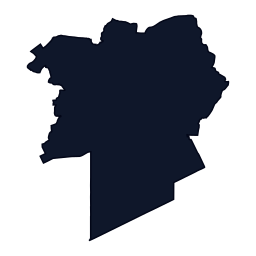 outline of Nong Khae, Saraburi, Thailand
{"feature_id": "78962969B39575483913595", "entity_name": "Nong Khae", "entity_type": "district", "adm_level": 2, "iso_a3": "THA", "parent_name": "Thailand", "parent_adm1": "Saraburi", "projection": "mercator", "projection_center": [100.849, 14.353], "detail": "fine", "context": "isolated", "style": "filled", "palette": "ink", "viewbox_px": 256, "rotation_deg": 0, "n_neighbors": 0, "source": "geoboundaries", "source_scale": "gbopen_adm2", "svg_char_len": 5457}
<svg xmlns="http://www.w3.org/2000/svg" viewBox="0 0 256 256"><path d="M112.6,18.8L111.6,20.9L111.2,21.5L110.5,22.0L108.5,23.1L107.6,23.7L106.8,24.8L106.0,26.2L105.3,25.8L104.0,28.5L103.9,28.8L103.9,30.0L104.0,30.7L103.5,31.8L102.0,32.8L101.7,33.2L101.6,33.5L101.6,34.7L101.7,36.3L101.8,36.7L101.5,36.9L101.1,37.4L100.9,38.1L100.8,39.1L101.1,39.8L101.6,40.2L102.1,40.5L102.9,40.6L103.1,40.9L103.1,41.1L102.7,41.6L102.1,41.6L101.5,42.0L101.3,42.5L101.1,42.5L100.5,42.3L100.1,42.4L100.1,42.9L99.6,43.2L99.3,43.9L99.1,44.0L97.0,45.2L95.9,44.9L95.9,44.4L95.2,44.4L93.5,44.3L93.0,44.1L92.4,43.7L92.1,43.1L91.8,43.0L91.2,41.8L91.2,41.2L91.0,39.5L89.8,39.5L89.7,39.5L89.6,39.0L89.5,38.9L88.2,38.5L88.0,38.8L86.2,38.2L85.6,38.3L83.0,38.0L78.4,37.8L74.5,37.2L68.8,36.7L65.1,36.0L63.3,35.9L61.0,35.4L60.3,35.6L58.1,36.0L57.9,36.3L56.3,37.0L55.8,37.1L53.6,37.3L53.2,37.6L52.9,38.2L52.5,38.3L52.4,39.0L51.3,40.6L49.2,42.9L47.4,44.7L46.0,46.1L44.5,47.2L43.7,47.8L42.9,48.2L40.4,44.2L31.2,51.1L30.8,51.5L33.6,53.3L36.5,56.4L36.1,57.8L35.8,58.5L35.4,59.1L33.8,61.0L33.0,61.7L32.4,62.2L31.8,62.5L30.0,63.3L29.2,63.9L28.5,64.6L27.6,65.9L27.5,66.1L27.5,66.6L27.6,67.6L28.6,68.4L29.4,69.1L29.5,69.2L30.3,69.2L30.5,69.3L30.6,69.9L30.6,70.1L31.9,70.2L32.6,70.9L33.5,71.5L35.6,72.0L37.1,72.6L38.5,72.7L39.8,72.6L40.9,69.9L41.4,69.0L42.2,68.0L43.0,67.2L43.7,66.6L44.3,66.2L45.6,65.6L45.8,67.3L47.6,67.7L48.2,67.9L48.4,68.1L50.0,71.7L49.9,72.3L50.8,75.2L51.1,76.9L51.1,77.6L50.9,77.9L50.6,78.1L50.0,78.4L49.1,79.7L48.7,80.7L48.5,82.0L49.0,82.4L50.2,82.8L51.8,82.9L52.0,83.0L53.2,84.2L54.1,84.6L55.5,84.6L56.6,84.4L58.4,84.7L58.7,84.5L58.9,84.1L59.5,84.6L60.0,85.0L60.8,85.2L61.5,85.2L61.7,85.5L62.2,86.4L64.9,89.9L64.9,90.1L64.7,90.3L64.2,90.4L63.4,90.4L61.1,90.2L60.4,90.2L60.0,90.4L59.9,90.5L59.9,93.0L58.7,96.9L58.5,97.2L58.3,97.5L57.0,98.1L56.6,98.4L56.3,99.2L56.2,99.8L56.1,100.1L55.8,100.4L55.0,100.3L54.3,100.2L53.0,100.4L53.5,102.3L53.6,102.7L53.5,103.3L53.3,103.4L53.2,104.9L55.4,104.9L55.9,105.0L55.4,106.6L55.1,106.6L54.7,107.6L54.7,108.6L54.7,111.2L54.5,113.1L54.8,114.4L55.1,115.1L55.3,115.5L55.7,115.8L57.1,116.2L57.3,116.1L57.6,115.4L57.9,115.4L58.4,116.1L59.1,116.4L59.4,116.3L60.1,115.6L60.4,115.6L60.6,115.7L60.8,115.9L60.8,116.3L60.8,116.5L60.0,116.8L58.8,118.0L57.7,120.2L57.5,120.7L57.3,121.8L57.1,122.1L56.6,123.2L56.2,123.7L56.0,123.9L55.0,124.3L54.4,124.6L51.4,125.6L51.2,125.7L51.2,126.0L51.4,126.4L51.3,127.8L51.5,129.7L51.6,130.6L51.7,131.5L51.5,131.8L50.6,132.0L50.4,132.2L49.6,133.2L49.3,134.0L48.7,136.3L48.5,137.5L48.6,138.2L49.2,139.6L49.2,139.9L49.1,140.1L45.8,142.2L45.4,142.5L44.7,143.5L42.2,144.2L42.3,147.1L45.5,153.6L40.2,156.2L42.5,161.0L43.5,163.0L47.3,161.2L53.0,158.3L71.4,156.5L79.4,156.3L80.7,156.0L81.7,155.6L83.1,154.9L87.0,152.6L87.8,152.2L89.1,151.9L90.8,151.7L90.8,171.8L90.8,173.2L90.8,177.6L90.7,185.5L90.8,192.4L90.7,197.0L90.8,206.2L90.7,206.5L90.8,215.5L90.7,216.4L90.7,235.8L90.7,238.0L90.6,238.4L90.1,239.5L89.1,240.6L94.3,238.2L145.7,212.9L158.6,206.7L158.6,206.4L159.4,206.3L173.6,199.3L173.6,199.2L173.7,182.5L195.8,171.6L197.0,170.9L203.9,167.7L204.5,167.3L204.4,166.6L198.9,154.9L198.2,153.7L197.6,153.0L191.4,140.3L191.1,139.8L190.8,139.5L190.6,139.5L190.0,139.7L189.2,139.3L189.1,137.8L188.9,137.3L188.8,136.5L188.7,136.4L187.5,136.7L187.4,136.7L187.1,135.4L187.0,134.8L187.2,134.6L188.0,134.9L188.5,135.0L191.4,135.1L197.6,135.2L198.4,129.7L199.0,127.4L199.0,126.6L199.1,125.4L199.0,124.7L198.4,124.0L198.1,123.5L198.7,122.6L199.3,121.2L199.2,120.7L199.6,120.2L199.7,119.7L199.9,119.5L200.1,119.4L200.7,119.4L200.8,119.3L201.8,118.3L202.2,117.6L203.4,118.1L204.2,117.9L205.4,117.7L206.3,117.8L206.4,117.7L206.5,117.0L206.7,116.7L207.3,116.7L207.5,116.5L207.6,116.4L209.6,113.8L211.2,111.4L212.1,109.9L214.4,104.5L214.6,104.1L215.2,103.4L216.3,102.5L216.9,101.8L217.5,100.8L220.6,97.3L220.8,96.4L220.7,95.5L221.3,92.9L221.4,92.6L221.7,92.0L222.3,90.4L223.8,89.7L224.5,89.2L225.2,88.6L226.9,86.4L228.1,85.0L228.4,83.1L228.5,81.8L228.4,81.6L227.0,81.8L224.9,81.5L224.8,81.2L224.8,80.9L225.5,79.2L225.0,77.9L224.7,77.4L224.1,77.0L220.3,74.8L219.0,74.1L218.7,73.9L218.5,73.6L218.5,72.7L218.2,72.3L216.3,71.5L215.8,71.1L215.5,70.4L215.0,68.6L214.8,68.3L214.1,68.0L211.7,67.5L213.2,64.6L213.7,63.5L214.1,62.2L214.2,61.3L214.8,56.9L214.7,55.7L214.3,55.2L213.6,54.5L212.8,54.0L210.7,52.9L208.6,52.0L208.1,51.2L207.6,49.6L207.5,48.3L207.4,47.6L207.2,46.9L205.9,44.8L205.0,44.8L204.0,44.9L203.6,44.8L203.2,44.6L202.5,44.0L202.1,43.6L201.8,43.1L201.6,42.6L201.5,42.3L201.4,40.7L201.5,39.2L201.3,38.8L200.6,38.1L200.5,37.6L200.6,36.6L200.8,35.7L201.3,34.2L201.5,33.6L201.3,33.3L201.4,32.8L201.5,32.4L201.4,31.8L201.2,30.9L200.8,30.0L200.4,29.3L199.8,28.6L199.0,27.9L198.3,27.6L197.6,27.1L197.3,26.8L197.0,25.8L196.7,24.5L196.5,23.4L196.5,21.6L196.1,18.9L195.8,18.5L195.6,18.4L194.6,18.1L194.0,17.8L193.9,17.6L193.4,16.3L193.2,16.0L192.4,15.7L190.9,15.4L188.9,15.4L187.4,15.5L186.4,15.8L178.4,16.1L176.4,16.5L175.1,16.6L174.2,16.8L171.1,18.0L164.5,20.3L163.0,20.9L161.2,21.8L160.2,22.2L155.5,25.4L154.3,26.1L153.2,26.7L151.9,27.1L150.8,27.3L149.7,27.4L149.2,27.5L148.2,28.1L147.4,28.9L146.6,29.9L145.7,31.4L145.2,32.6L145.2,33.2L144.9,33.2L140.6,33.2L137.4,32.9L136.2,32.8L136.3,30.6L136.9,26.1L136.6,24.1L136.2,23.7L135.8,23.7L135.2,23.6L133.3,23.5L130.4,24.2L129.5,23.8L128.1,23.0L125.4,21.9L123.6,21.8L121.1,21.4L119.2,21.4L117.5,20.7L116.6,20.7L115.5,20.3L112.6,18.8Z" fill="#0f172a" stroke="#020617" stroke-width="1.5"/></svg>